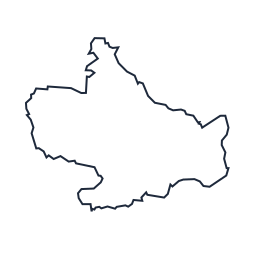 outline of Kochani, Kočani, North Macedonia, rotated 96°
{"feature_id": "65306769B7034673009325", "entity_name": "Kochani", "entity_type": "district", "adm_level": 2, "iso_a3": "MKD", "parent_name": "North Macedonia", "parent_adm1": "Kočani", "projection": "orthographic", "projection_center": [22.415, 41.994], "detail": "fine", "context": "isolated", "style": "outline", "palette": "slate", "viewbox_px": 256, "rotation_deg": 96, "n_neighbors": 0, "source": "geoboundaries", "source_scale": "gbopen_adm2", "svg_char_len": 1480}
<svg xmlns="http://www.w3.org/2000/svg" viewBox="0 0 256 256"><g transform="rotate(96 128 128)"><path d="M214.7,155.5L212.1,155.1L212.6,152.9L210.5,151.9L209.4,148.3L210.7,146.1L208.2,140.2L209.6,132.4L207.6,131.0L205.2,122.5L206.2,119.6L203.1,116.1L199.0,115.0L198.9,106.2L195.7,107.4L190.1,103.2L192.4,101.8L193.4,84.8L189.4,81.5L179.8,79.9L181.5,77.7L175.4,71.9L173.5,67.6L171.9,56.6L173.6,51.0L177.8,46.9L177.9,40.7L165.0,25.3L157.4,23.9L157.6,25.7L148.5,29.2L142.1,28.6L135.2,33.0L130.6,33.3L124.3,29.1L117.2,28.1L105.6,32.5L106.2,37.5L119.9,54.3L116.7,56.0L116.3,58.0L114.7,57.5L115.1,59.1L108.9,64.3L108.2,71.5L105.0,73.4L104.1,77.2L105.7,85.0L104.2,89.9L101.1,93.0L100.1,103.9L94.0,111.4L82.1,117.9L81.2,121.7L82.9,122.8L75.2,126.8L72.0,134.9L64.5,144.1L56.1,148.9L48.8,146.1L50.0,151.6L49.1,154.9L45.5,156.8L46.3,159.3L41.3,160.8L42.1,170.6L47.7,173.7L53.3,172.7L58.2,174.8L56.8,170.3L62.1,165.3L70.8,175.2L75.0,176.0L74.6,170.7L76.6,167.2L81.3,171.8L81.1,174.3L97.5,173.5L98.1,178.1L94.3,188.8L95.1,212.1L98.0,212.2L98.3,223.5L103.5,225.2L104.9,227.9L108.4,227.4L113.7,232.1L119.5,231.1L124.5,227.8L125.7,229.9L129.9,225.6L137.4,222.1L143.3,223.3L157.9,217.1L157.4,214.6L160.1,209.4L165.8,206.0L163.5,204.0L166.6,198.7L163.0,192.2L167.6,183.5L166.1,177.6L168.6,176.0L170.5,157.2L178.4,152.4L178.4,150.2L180.9,148.0L184.9,149.4L191.8,155.7L193.6,167.9L198.1,170.9L202.9,169.7L208.5,165.3L207.6,157.3L214.7,155.5Z" fill="none" stroke="#1e293b" stroke-width="2"/></g></svg>